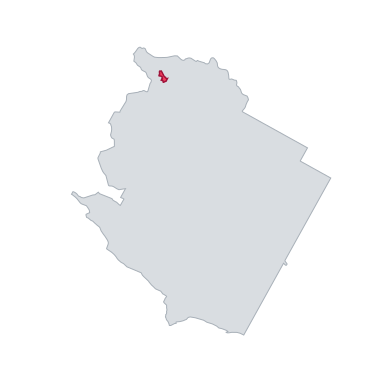 Damso, Southern Darfur, Sudan shown in context, rotated 119°
{"feature_id": "16777658B98541328968966", "entity_name": "Damso", "entity_type": "district", "adm_level": 2, "iso_a3": "SDN", "parent_name": "Sudan", "parent_adm1": "Southern Darfur", "projection": "robinson", "projection_center": [24.528, 10.758], "detail": "fine", "context": "in_parent", "style": "filled", "palette": "rose", "viewbox_px": 384, "rotation_deg": 119, "n_neighbors": 0, "source": "geoboundaries", "source_scale": "gbopen_adm2", "svg_char_len": 4468}
<svg xmlns="http://www.w3.org/2000/svg" viewBox="0 0 384 384"><g transform="rotate(119 192 192)"><path d="M252.4,296.3L249.5,296.3L249.2,295.5L249.2,293.4L249.5,291.8L250.6,289.3L250.3,287.9L250.4,285.9L249.6,283.7L242.7,277.3L241.4,275.5L237.6,273.9L238.3,272.0L236.6,258.8L237.4,257.3L237.6,255.0L237.5,253.0L238.4,249.6L238.5,248.2L231.2,248.1L231.1,249.5L231.4,251.1L231.4,251.8L221.3,251.8L225.4,257.0L225.6,259.3L225.4,262.1L225.4,263.9L225.7,265.1L226.8,267.4L226.7,267.9L226.5,268.4L219.3,275.3L218.1,278.5L217.2,280.2L215.1,283.0L208.5,290.4L207.4,290.9L202.4,291.1L201.9,291.3L201.5,291.6L201.3,291.6L197.0,287.2L189.7,282.0L184.9,284.7L183.6,285.7L183.6,288.2L182.9,289.5L181.6,290.9L178.1,291.8L176.2,292.6L174.0,294.0L171.9,296.3L171.8,297.5L172.0,298.6L159.8,298.6L159.0,297.7L157.2,293.8L155.9,294.1L144.8,293.6L143.2,294.0L140.0,295.6L138.4,295.9L136.8,295.2L130.9,287.5L129.6,286.6L128.3,284.7L127.0,283.9L126.6,283.3L126.5,282.5L126.5,280.8L126.1,279.8L125.2,279.5L117.3,281.3L116.2,281.1L114.5,281.4L114.0,281.7L113.3,282.8L113.2,284.9L113.0,285.9L112.4,287.1L110.1,289.7L109.6,290.8L109.7,293.7L109.6,295.1L109.3,295.8L108.3,296.9L107.9,297.5L107.5,301.2L106.3,303.4L106.0,304.2L105.9,305.8L105.7,306.3L102.2,307.6L100.9,308.4L100.0,309.6L99.8,310.2L98.3,309.7L96.4,309.4L92.6,309.0L91.2,308.4L90.5,307.6L90.7,305.3L90.3,304.8L89.7,304.5L89.3,303.5L89.4,302.3L91.4,299.8L91.8,298.4L92.3,291.9L92.2,290.0L90.6,286.3L87.0,280.1L86.2,278.9L81.7,273.7L81.2,273.0L80.1,270.8L81.3,266.1L81.4,264.8L81.1,263.4L80.0,262.4L78.9,262.3L77.6,261.0L76.8,260.4L76.0,259.3L75.5,257.7L75.9,252.1L75.6,251.4L74.5,251.2L74.2,250.8L74.3,249.7L73.6,246.5L73.0,243.9L73.3,242.4L72.4,240.4L70.6,239.6L67.0,240.2L65.9,240.1L65.1,239.7L64.6,239.0L64.3,238.2L64.6,236.9L65.6,234.5L66.9,232.5L69.4,230.7L70.1,229.8L70.5,228.7L70.6,227.5L70.4,226.3L70.1,225.1L69.4,223.6L68.7,221.7L68.7,220.5L69.0,219.7L69.7,218.6L72.2,216.5L74.8,214.8L75.3,214.2L75.1,213.5L73.9,212.1L73.6,209.3L72.9,207.4L74.2,206.0L75.2,205.5L76.7,205.0L77.3,204.4L77.5,203.3L77.5,202.2L78.0,201.4L78.7,199.6L79.3,198.8L81.3,196.7L81.8,195.4L81.9,194.1L81.4,190.3L82.5,188.7L84.0,187.3L86.1,187.4L89.4,187.1L91.6,186.6L93.2,186.6L96.8,187.3L97.2,187.0L97.4,186.0L97.4,112.4L112.3,112.4L112.5,112.2L112.5,77.4L206.5,77.5L207.3,77.3L208.7,74.1L209.4,73.8L210.3,74.0L210.7,74.8L209.9,77.4L292.0,77.4L292.2,81.4L293.0,84.6L295.4,89.1L297.4,91.6L298.1,92.9L298.2,93.6L298.1,94.1L297.5,93.5L296.5,93.0L296.4,95.1L297.0,99.5L297.9,102.6L297.3,105.4L297.5,110.2L298.7,115.9L298.5,119.6L300.4,128.1L302.1,132.9L303.1,134.1L304.1,134.7L306.1,135.1L309.1,137.5L311.4,140.0L312.3,141.4L313.4,142.8L314.2,142.6L314.6,142.2L315.4,143.4L319.1,145.9L319.7,147.1L318.4,148.3L316.9,150.3L316.2,152.1L315.8,152.7L314.6,153.9L314.4,154.4L313.9,154.8L313.3,154.8L312.1,155.5L311.0,155.3L309.8,155.6L309.4,156.1L308.5,156.4L307.3,156.7L305.4,158.2L303.8,159.0L303.2,159.6L302.4,162.8L301.8,163.6L299.3,163.7L298.1,163.9L296.4,163.6L295.6,163.6L295.4,164.3L295.2,167.0L295.3,168.1L293.9,171.2L294.4,176.9L293.2,181.2L293.0,182.2L291.7,185.6L291.0,186.9L289.4,193.3L288.7,195.2L287.3,197.3L289.0,212.6L287.8,217.2L287.9,219.8L287.1,223.6L286.4,225.3L285.3,227.4L284.4,229.8L283.7,232.9L283.2,238.7L282.9,239.3L278.5,240.0L277.2,240.4L276.3,241.1L275.1,242.6L272.9,246.7L271.8,249.2L270.0,252.7L267.9,255.2L267.4,256.4L267.1,258.6L266.3,262.1L265.6,264.6L265.8,266.6L265.1,270.1L265.3,271.8L264.5,272.7L263.5,273.6L262.8,273.8L259.7,271.5L257.6,273.1L256.3,275.4L255.2,277.7L255.9,282.5L255.9,283.5L255.6,284.7L253.6,289.4L253.0,291.6L252.4,295.4L252.4,296.3Z" fill="#d9dde1" stroke="#a8b0b8" stroke-width="1"/><path d="M109.0,272.6L108.8,271.4L109.5,270.7L109.9,270.3L109.7,270.0L108.8,269.3L108.5,269.3L107.7,268.4L104.7,268.5L104.8,268.6L105.1,268.9L105.2,269.5L105.1,269.8L104.9,270.3L104.5,270.8L104.6,271.1L104.6,272.0L104.3,272.5L104.2,272.7L104.1,272.9L104.0,273.0L103.9,273.2L103.7,273.5L103.4,273.9L103.3,274.0L103.0,274.6L102.8,274.9L102.6,275.1L102.0,276.0L101.1,277.5L101.4,277.8L101.6,278.3L101.8,278.8L102.2,278.9L102.9,278.6L103.6,278.1L104.4,277.6L105.0,277.4L105.7,277.5L106.2,277.3L106.4,277.0L106.2,276.6L105.9,275.9L105.7,275.2L105.6,274.3L105.7,274.0L105.9,273.8L106.4,273.6L106.7,273.4L106.9,273.3L107.0,273.3L107.1,273.1L107.2,272.9L107.3,272.8L107.5,272.8L107.6,273.0L107.8,273.2L108.0,273.2L108.3,273.2L108.6,273.1L109.1,273.1L109.0,272.6Z" fill="#f43f5e" stroke="#9f1239" stroke-width="1.5"/></g></svg>